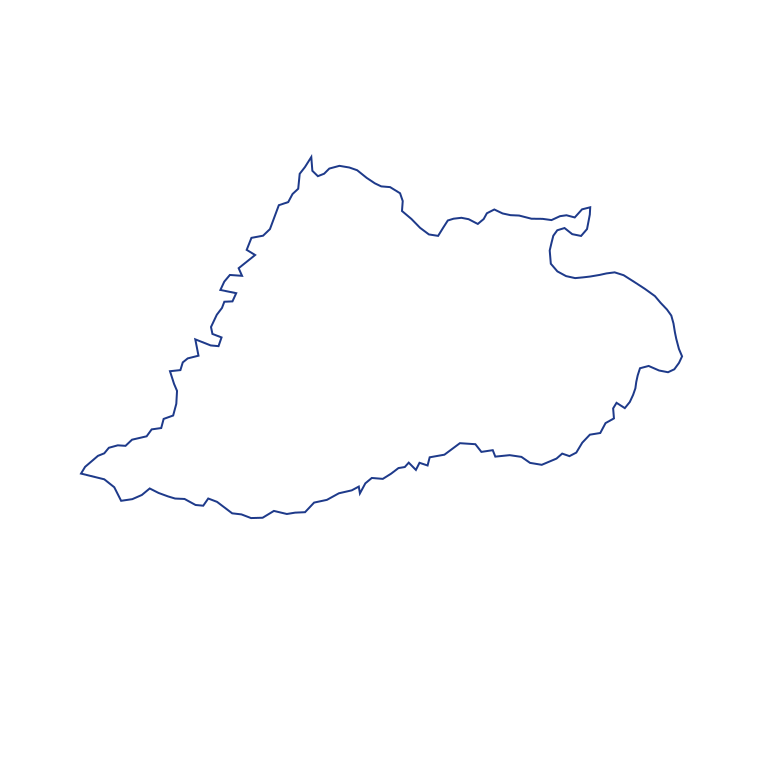 the district of São Marcos, Rio Grande do Sul, Brazil, rotated 132°
{"feature_id": "56859067B15820019194660", "entity_name": "São Marcos", "entity_type": "district", "adm_level": 2, "iso_a3": "BRA", "parent_name": "Brazil", "parent_adm1": "Rio Grande do Sul", "projection": "natural_earth1", "projection_center": [-51.072, -28.957], "detail": "fine", "context": "isolated", "style": "outline", "palette": "blue", "viewbox_px": 768, "rotation_deg": 132, "n_neighbors": 0, "source": "geoboundaries", "source_scale": "gbopen_adm2", "svg_char_len": 2446}
<svg xmlns="http://www.w3.org/2000/svg" viewBox="0 0 768 768"><g transform="rotate(132 384 384)"><path d="M114.7,349.0L121.7,353.7L132.6,353.7L136.5,361.3L141.5,365.5L150.1,369.2L155.2,376.7L162.5,385.0L168.4,396.3L173.9,403.0L177.9,410.0L180.5,418.8L188.3,421.8L194.7,420.3L202.3,421.4L204.9,431.4L208.7,437.7L214.6,442.9L219.8,446.0L228.3,444.6L237.7,442.9L242.8,450.7L243.8,461.7L243.0,474.0L243.4,486.4L235.5,492.5L231.5,499.7L233.6,511.2L239.0,518.3L241.0,525.1L242.4,534.7L243.1,547.0L246.3,554.6L251.7,563.1L260.5,568.8L267.8,569.2L273.8,572.2L273.5,579.9L264.0,589.9L275.7,587.9L284.2,587.3L296.3,578.4L304.0,579.1L312.9,576.9L321.5,581.8L345.2,572.4L354.7,573.1L364.1,580.3L376.2,575.8L374.4,566.1L395.2,569.5L398.6,561.9L406.1,571.5L414.8,571.2L423.6,568.5L415.4,554.6L424.0,551.9L429.7,557.7L435.9,555.3L444.4,554.6L457.4,550.7L461.6,545.0L458.1,535.9L466.6,532.3L471.3,538.6L477.1,554.1L487.1,540.8L496.3,547.0L502.6,548.0L509.9,544.6L517.7,551.6L524.4,540.1L527.6,533.2L537.7,525.1L548.5,519.6L557.4,524.4L565.8,520.1L573.2,526.3L581.7,525.4L594.0,534.0L602.9,534.7L607.7,540.8L615.5,545.8L622.7,545.5L628.8,548.5L645.6,550.7L653.3,549.2L642.0,528.1L641.2,515.4L646.7,501.2L638.0,494.0L628.5,489.7L618.4,488.2L615.8,478.6L612.1,469.4L608.9,462.6L602.9,455.3L600.0,443.1L595.4,436.9L586.7,438.0L583.3,429.2L581.7,410.3L576.3,402.7L572.6,393.1L564.6,384.7L552.0,380.9L545.6,369.2L539.1,364.0L532.1,356.9L518.9,356.6L508.3,348.9L495.4,344.4L484.6,336.8L477.1,334.1L481.4,328.7L470.3,331.4L462.0,330.2L455.3,321.4L445.8,318.7L436.8,317.0L431.8,313.0L425.9,313.0L426.5,302.8L418.8,304.9L415.4,297.1L407.9,301.0L396.1,291.8L377.2,288.0L367.6,275.8L369.3,266.2L360.4,258.9L363.5,252.7L352.8,243.0L346.2,233.1L344.9,222.7L338.5,212.7L324.0,205.9L316.5,205.0L313.5,197.9L306.3,195.2L294.9,197.4L283.9,197.1L275.7,190.5L264.8,193.2L255.7,190.1L248.8,197.4L242.4,198.6L240.8,188.9L232.9,189.3L225.4,191.6L219.0,194.3L213.7,197.9L207.9,201.2L201.0,204.3L193.5,199.4L189.9,188.6L185.2,180.8L178.8,178.1L170.9,178.9L164.0,181.0L160.6,188.3L154.9,197.0L151.0,202.3L145.3,209.4L140.9,216.3L139.3,223.6L138.6,232.7L137.4,241.5L138.7,253.5L140.6,265.7L142.8,278.7L146.7,287.3L153.0,292.7L158.6,296.7L166.3,302.8L171.3,307.2L177.4,312.8L182.0,320.9L184.3,330.5L183.0,340.5L173.9,350.2L166.6,354.2L160.5,357.4L153.8,358.1L147.3,354.2L146.7,344.4L142.1,336.6L133.0,336.8L120.4,344.4L114.7,349.0Z" fill="none" stroke="#1e3a8a" stroke-width="2"/></g></svg>